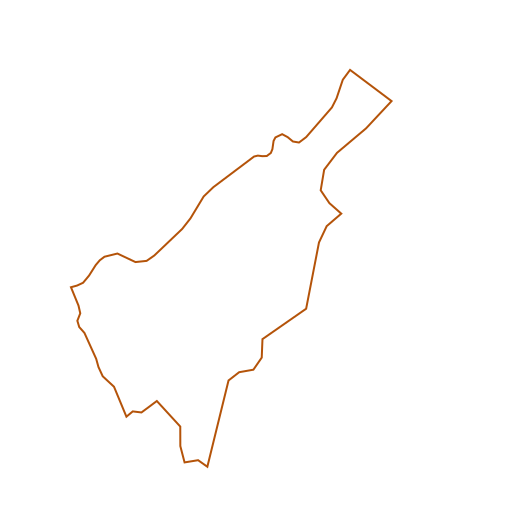 an SVG outline of Kanungu, rotated 44°
{"feature_id": "UGA-3377", "entity_name": "Kanungu", "entity_type": "District", "adm_level": 1, "iso_a3": "UGA", "parent_name": "Uganda", "parent_adm1": "", "projection": "mercator", "projection_center": [29.677, -0.754], "detail": "fine", "context": "isolated", "style": "outline", "palette": "amber", "viewbox_px": 512, "rotation_deg": 44, "n_neighbors": 0, "source": "natural_earth", "source_scale": "10m", "svg_char_len": 962}
<svg xmlns="http://www.w3.org/2000/svg" viewBox="0 0 512 512"><g transform="rotate(44 256 256)"><path d="M144.6,407.0L147.8,401.6L150.2,395.4L149.5,386.0L147.0,373.9L146.6,367.6L147.5,361.8L154.6,350.5L173.5,344.1L180.7,335.5L182.5,326.3L184.1,287.8L182.7,274.4L177.0,249.5L177.5,236.1L185.5,185.8L187.6,182.5L191.2,179.8L194.3,176.6L195.1,171.6L193.6,167.8L188.7,161.0L187.6,157.2L190.2,150.2L196.2,148.5L203.0,148.0L208.1,144.5L209.5,135.6L207.4,96.4L204.4,86.6L197.7,72.5L196.0,68.9L194.4,56.8L245.9,50.4L246.5,87.8L242.6,125.5L245.1,146.6L256.9,163.8L272.1,167.0L287.9,166.3L286.1,185.4L291.9,202.5L328.7,259.1L318.4,311.3L330.7,325.1L333.1,339.6L324.6,351.3L322.7,364.6L367.4,441.4L356.2,443.1L348.0,454.1L333.6,445.3L320.0,431.3L285.4,429.2L282.3,448.1L275.3,453.4L274.4,461.6L244.7,448.7L229.3,449.0L219.8,445.3L212.5,441.0L186.0,430.5L178.2,429.9L172.5,426.7L169.4,419.3L162.8,415.0L144.6,407.0Z" fill="none" stroke="#b45309" stroke-width="2"/></g></svg>